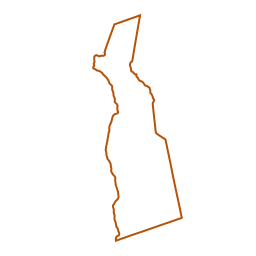 Santa Fe, Equal Earth projection, rotated 161°
{"feature_id": "ARG-1310", "entity_name": "Santa Fe", "entity_type": "Province", "adm_level": 1, "iso_a3": "ARG", "parent_name": "Argentina", "parent_adm1": "", "projection": "equal_earth", "projection_center": [-60.696, -31.191], "detail": "fine", "context": "isolated", "style": "outline", "palette": "amber", "viewbox_px": 256, "rotation_deg": 161, "n_neighbors": 0, "source": "natural_earth", "source_scale": "10m", "svg_char_len": 4134}
<svg xmlns="http://www.w3.org/2000/svg" viewBox="0 0 256 256"><g transform="rotate(161 128 128)"><path d="M158.1,25.5L176.1,25.4L175.7,26.9L175.3,27.8L174.7,28.5L173.9,29.1L173.2,29.4L172.2,29.4L171.7,29.4L171.3,29.7L171.0,30.1L170.7,30.6L170.6,31.2L170.5,31.7L170.5,32.3L170.7,33.5L170.7,34.1L170.5,36.0L170.5,36.6L171.0,38.0L171.1,38.6L170.4,42.8L170.5,45.3L170.5,45.9L170.4,46.5L170.2,47.1L169.3,49.2L169.1,49.8L169.1,50.4L169.2,50.6L169.2,50.9L169.2,51.2L168.9,52.4L168.9,53.2L168.7,53.8L168.1,54.9L167.9,55.5L167.9,57.7L167.7,58.8L167.4,59.7L167.0,60.0L165.9,60.7L165.2,61.3L164.5,62.1L163.8,62.7L161.4,63.8L160.7,64.2L160.1,64.8L159.5,65.6L159.2,66.5L158.3,70.4L158.2,71.4L158.1,78.1L157.2,82.5L157.1,82.9L156.3,84.7L156.1,85.6L156.3,86.6L157.1,88.3L157.8,90.9L157.9,92.1L157.9,92.7L157.7,93.3L157.0,94.8L156.9,95.4L156.8,96.0L156.7,97.2L156.6,97.8L156.2,99.5L156.1,100.0L156.3,101.4L156.5,102.9L156.7,103.5L157.3,105.0L157.4,105.5L157.4,106.0L157.2,107.2L157.2,109.1L157.1,109.7L156.6,111.2L156.5,111.8L156.4,113.7L156.3,114.3L154.8,117.4L153.5,119.4L153.0,120.4L151.9,122.1L150.9,124.2L149.5,126.6L148.0,129.6L147.7,130.0L146.7,131.1L146.5,131.5L145.7,134.2L145.5,134.7L144.5,136.1L144.0,137.0L143.9,137.2L143.7,137.3L143.4,137.4L143.2,137.5L142.9,137.9L142.6,138.4L142.5,138.5L142.2,138.7L141.8,139.1L141.7,139.3L141.4,139.9L140.7,140.7L139.5,142.8L138.8,143.7L138.0,144.5L137.5,144.8L137.1,145.0L136.6,145.2L136.0,145.3L134.4,145.3L133.9,145.3L133.4,145.3L132.7,145.5L132.4,145.8L132.3,146.0L132.2,146.3L132.2,146.6L132.3,146.9L132.2,147.0L132.3,147.4L132.2,147.9L131.9,148.9L131.8,149.9L131.7,150.2L131.6,150.6L130.9,151.7L130.6,152.4L130.6,153.2L130.7,154.0L131.0,154.7L131.6,155.8L131.9,156.5L132.0,157.1L131.9,157.7L131.1,159.3L130.9,159.9L130.9,160.5L131.1,162.4L131.1,163.1L131.0,163.7L130.5,165.6L130.4,166.2L130.3,166.9L130.5,168.8L130.4,169.5L130.2,170.2L129.5,172.2L129.5,172.8L129.5,173.4L129.7,173.9L130.6,175.4L130.8,176.0L131.0,176.6L131.1,179.5L131.4,180.8L131.7,181.9L133.0,184.9L133.4,185.6L133.5,185.7L133.7,186.0L133.8,186.1L133.9,186.3L134.5,188.5L134.7,188.8L136.0,190.7L137.5,191.9L137.9,192.1L138.3,192.3L138.5,192.4L138.7,192.6L139.1,193.2L139.4,193.7L139.5,193.9L140.1,194.5L140.8,195.0L141.3,195.6L141.3,195.8L141.3,196.1L141.2,196.6L141.0,196.9L140.7,197.3L140.3,197.5L140.0,197.5L139.9,197.6L139.7,197.8L139.6,198.0L139.5,198.4L139.5,198.7L139.5,199.0L139.6,199.5L139.5,199.8L139.4,200.1L139.1,200.4L138.1,201.3L138.0,201.6L137.8,203.1L137.6,203.9L137.5,204.2L136.7,206.2L136.5,206.6L135.9,206.9L135.4,207.1L135.2,207.1L134.9,207.2L134.3,207.1L133.9,207.0L133.7,206.9L133.5,206.7L132.9,206.0L131.9,205.2L131.6,205.1L129.4,205.0L129.1,205.0L128.3,204.4L128.1,204.4L127.8,204.3L127.3,204.3L127.0,204.3L126.4,204.5L126.1,204.7L125.9,204.9L125.7,205.2L125.5,206.0L125.7,206.9L124.8,208.3L120.6,213.7L114.9,220.8L107.1,230.4L105.9,230.4L93.4,230.5L79.9,230.6L89.4,213.4L96.6,200.2L101.9,190.4L102.6,189.5L102.9,189.5L103.1,189.5L103.4,189.5L103.6,189.4L104.1,189.1L104.4,188.8L105.3,187.8L105.6,187.0L105.7,186.8L105.8,186.2L105.8,185.5L105.8,183.5L105.9,182.9L106.2,182.1L106.3,181.6L106.4,181.3L106.4,181.1L106.3,180.8L106.1,180.4L106.1,180.2L105.3,179.5L105.2,179.3L105.1,179.2L104.7,178.0L104.0,176.7L103.8,176.4L103.7,176.3L102.8,176.1L102.7,176.1L102.5,175.8L102.5,175.7L102.9,175.2L103.0,174.7L103.1,174.3L103.2,174.0L103.2,173.6L103.1,173.4L102.7,173.1L102.6,172.9L102.5,172.7L102.4,172.5L102.3,171.4L102.2,170.4L102.0,169.7L101.9,169.6L101.6,169.1L101.3,168.7L99.6,167.3L99.0,166.2L98.8,165.7L98.1,163.0L98.0,162.7L97.9,162.6L97.5,162.2L96.7,161.9L96.5,161.7L95.8,160.6L95.3,160.1L94.6,159.3L94.7,156.8L94.8,156.0L94.9,155.4L95.1,154.9L95.4,154.0L95.4,153.7L95.3,153.4L95.1,153.0L94.8,152.4L94.7,152.3L94.7,152.1L94.5,150.0L94.5,149.6L94.6,148.2L94.6,147.8L94.6,147.5L94.5,147.4L94.5,147.2L94.1,146.5L94.1,146.3L94.1,145.9L94.4,145.5L95.4,144.6L96.5,143.4L96.9,142.4L102.9,116.0L103.1,114.2L102.0,112.3L96.6,105.3L96.4,104.8L96.4,104.0L97.5,95.6L99.5,79.7L100.7,71.1L102.7,55.4L104.9,37.1L106.4,25.5L130.0,25.5L147.2,25.4L158.1,25.5Z" fill="none" stroke="#b45309" stroke-width="2"/></g></svg>